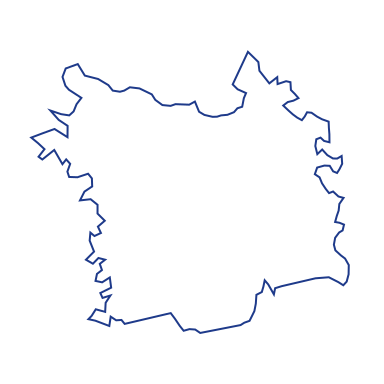 outline of Tapejara, Rio Grande do Sul, Brazil, rotated 353°
{"feature_id": "56859067B25577856249744", "entity_name": "Tapejara", "entity_type": "district", "adm_level": 2, "iso_a3": "BRA", "parent_name": "Brazil", "parent_adm1": "Rio Grande do Sul", "projection": "equal_earth", "projection_center": [-52.006, -28.054], "detail": "fine", "context": "isolated", "style": "outline", "palette": "blue", "viewbox_px": 384, "rotation_deg": 353, "n_neighbors": 0, "source": "geoboundaries", "source_scale": "gbopen_adm2", "svg_char_len": 2353}
<svg xmlns="http://www.w3.org/2000/svg" viewBox="0 0 384 384"><g transform="rotate(353 192 192)"><path d="M228.0,328.1L233.4,326.9L236.0,323.0L239.4,317.8L241.7,310.7L243.4,301.9L249.1,299.8L251.3,294.7L253.4,288.5L256.4,293.0L260.8,303.6L262.8,297.6L269.6,296.4L304.1,292.7L317.4,293.3L326.3,299.3L330.8,303.0L334.6,299.8L337.4,292.8L338.7,283.6L335.8,276.7L332.1,273.1L327.2,267.4L326.4,261.6L328.5,254.9L333.1,250.1L336.8,248.5L338.9,242.9L334.6,240.5L330.4,239.2L332.8,233.4L335.3,228.3L336.8,221.8L341.7,216.3L336.8,214.3L332.1,208.7L327.9,209.8L325.1,205.2L322.1,199.2L320.4,193.0L316.1,189.3L319.2,183.0L326.6,181.9L331.9,182.8L334.6,188.7L338.3,190.8L341.1,187.4L344.5,182.3L344.9,174.5L340.2,176.5L336.0,175.9L330.8,171.9L326.4,165.7L321.0,169.7L320.0,161.4L321.8,154.8L326.2,153.7L329.3,157.4L334.5,159.4L335.4,151.4L335.7,144.8L336.2,138.8L330.0,135.7L325.3,132.4L320.3,127.9L315.9,126.9L313.1,130.8L309.8,134.1L305.5,131.0L301.5,127.2L297.8,123.0L293.1,117.3L298.0,114.4L303.8,113.7L309.1,111.8L306.1,107.3L302.6,102.8L303.1,95.0L298.9,93.5L290.1,95.3L290.6,88.4L282.0,93.6L273.7,79.9L273.7,71.1L264.6,59.7L245.5,90.2L249.8,95.6L257.7,100.4L254.9,105.2L252.2,113.5L247.3,114.4L243.4,117.9L236.6,119.7L230.2,119.5L226.1,120.3L221.6,119.9L213.7,117.0L208.8,113.2L205.9,102.6L199.9,105.0L186.3,102.8L181.3,103.9L173.2,102.1L166.8,96.1L164.0,90.2L152.5,82.8L143.1,80.5L137.1,83.1L132.7,83.7L125.7,81.7L122.0,75.7L112.6,68.4L99.8,63.4L94.2,51.1L81.7,54.0L77.5,62.0L79.3,71.1L82.3,75.5L93.7,85.1L88.1,90.8L84.3,97.6L79.5,101.0L71.6,98.8L61.4,93.9L68.5,104.2L76.6,111.2L75.1,122.4L63.2,112.7L51.0,115.5L39.1,118.4L45.0,124.6L50.8,131.5L44.0,138.3L47.4,141.5L60.4,133.5L66.8,148.6L71.1,144.3L74.5,149.2L70.8,156.6L71.9,162.1L80.1,163.4L91.1,161.2L94.3,166.3L93.6,174.3L85.3,178.5L79.8,186.7L90.5,186.8L96.7,193.2L95.6,201.9L101.9,209.9L94.4,214.9L96.6,221.6L89.8,223.8L86.2,219.9L84.5,227.8L87.5,239.2L78.5,246.3L84.9,251.1L91.1,246.1L97.5,248.6L91.7,252.1L93.1,258.5L87.7,261.7L85.4,268.5L91.8,270.7L100.0,266.8L100.1,277.1L88.7,281.1L90.3,286.2L98.4,284.8L92.8,291.4L91.2,300.4L82.2,296.7L77.3,302.7L73.7,305.6L80.3,307.9L93.6,314.9L96.1,305.8L101.1,310.1L106.4,310.4L109.1,314.7L156.1,309.6L159.5,315.5L163.6,323.5L166.8,328.7L172.8,327.8L178.4,328.9L183.0,332.9L224.0,330.0L228.0,328.1Z" fill="none" stroke="#1e3a8a" stroke-width="2"/></g></svg>